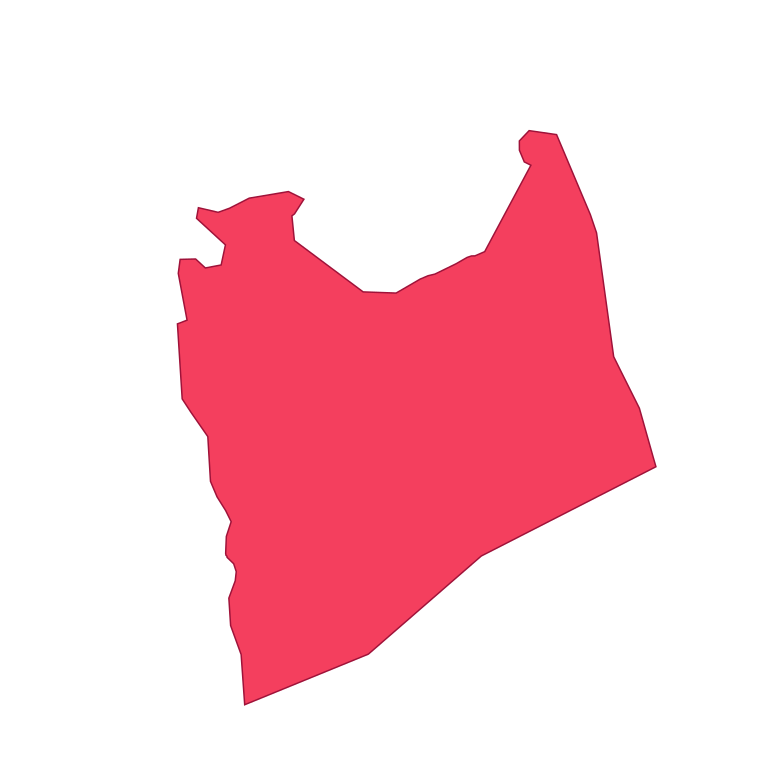 Dikwa, Borno, Nigeria, rotated 335°
{"feature_id": "59680162B86155479852967", "entity_name": "Dikwa", "entity_type": "district", "adm_level": 2, "iso_a3": "NGA", "parent_name": "Nigeria", "parent_adm1": "Borno", "projection": "robinson", "projection_center": [14.023, 11.955], "detail": "fine", "context": "isolated", "style": "filled", "palette": "rose", "viewbox_px": 768, "rotation_deg": 335, "n_neighbors": 0, "source": "geoboundaries", "source_scale": "gbopen_adm2", "svg_char_len": 963}
<svg xmlns="http://www.w3.org/2000/svg" viewBox="0 0 768 768"><g transform="rotate(335 384 384)"><path d="M122.2,615.8L255.7,622.2L399.5,581.0L595.5,573.9L597.0,564.3L605.2,513.9L604.1,473.0L603.7,456.3L640.5,336.9L642.6,317.7L643.2,301.0L645.8,230.9L622.6,215.7L609.4,220.9L605.5,229.4L605.0,242.0L609.6,247.8L531.2,306.6L520.5,306.3L517.4,304.9L512.8,304.4L499.7,305.5L476.6,305.9L469.7,304.5L461.1,304.2L433.4,306.7L404.0,291.7L377.9,243.1L363.4,216.1L371.6,192.7L374.8,192.0L389.5,182.7L378.7,169.2L340.4,158.6L318.3,159.4L306.2,158.3L290.3,145.8L284.1,154.6L299.1,190.9L286.7,207.3L271.1,203.3L266.1,191.1L251.9,184.9L244.3,196.8L232.5,242.9L222.2,242.2L194.8,312.2L197.1,328.1L202.1,357.2L185.6,398.9L185.0,415.8L187.0,431.7L187.3,444.2L176.7,455.5L170.4,467.7L168.9,470.6L168.4,472.5L168.9,473.7L168.5,474.8L171.8,483.4L170.8,491.6L166.0,499.5L152.9,512.5L142.9,538.1L140.2,568.8L122.2,615.8Z" fill="#f43f5e" stroke="#9f1239" stroke-width="1.5"/></g></svg>